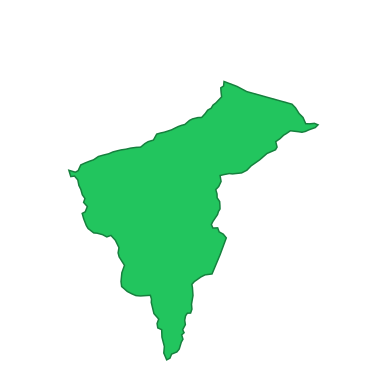 Umari, Ceará, Brazil, rotated 135°
{"feature_id": "56859067B43612992911559", "entity_name": "Umari", "entity_type": "district", "adm_level": 2, "iso_a3": "BRA", "parent_name": "Brazil", "parent_adm1": "Ceará", "projection": "robinson", "projection_center": [-38.728, -6.619], "detail": "fine", "context": "isolated", "style": "filled", "palette": "green", "viewbox_px": 384, "rotation_deg": 135, "n_neighbors": 0, "source": "geoboundaries", "source_scale": "gbopen_adm2", "svg_char_len": 2093}
<svg xmlns="http://www.w3.org/2000/svg" viewBox="0 0 384 384"><g transform="rotate(135 192 192)"><path d="M263.7,294.4L266.8,288.6L263.8,286.3L264.2,281.3L267.3,276.7L268.8,272.4L271.5,267.6L272.3,263.1L276.0,261.3L276.3,255.7L281.5,253.5L284.8,254.5L287.5,249.7L290.5,242.9L291.3,239.6L290.4,232.5L288.3,230.1L285.4,225.1L284.0,220.5L280.0,218.6L280.3,212.1L283.0,204.3L287.3,201.2L289.4,197.6L291.6,187.9L298.7,184.5L305.5,178.9L308.6,174.9L308.1,167.4L306.5,162.4L304.9,158.4L302.0,155.0L294.5,148.4L296.4,144.9L298.9,142.7L304.9,132.9L305.4,125.7L309.7,123.7L312.3,120.1L310.8,116.1L315.9,110.6L320.8,102.3L325.8,98.1L328.6,91.2L325.1,90.1L321.1,91.8L315.8,89.6L312.1,90.0L305.7,93.4L302.5,94.3L300.3,98.3L297.1,98.1L296.0,101.2L290.5,102.9L287.8,106.5L284.1,109.0L281.0,109.6L278.6,107.4L274.9,109.2L271.7,113.0L264.5,118.1L259.2,124.2L257.4,126.8L253.6,127.0L250.3,126.4L246.0,125.7L241.4,124.2L235.8,119.9L216.5,127.8L200.2,135.3L199.7,140.1L201.0,144.6L199.2,148.5L202.7,151.7L201.3,155.3L198.1,156.4L189.9,158.0L187.1,159.5L184.2,160.2L182.0,162.5L179.2,165.7L178.3,170.2L175.7,172.9L173.5,176.9L169.2,177.0L164.0,178.9L160.5,183.8L157.2,181.8L152.6,178.7L150.6,176.2L143.4,170.4L137.8,168.6L131.7,168.7L121.5,166.9L111.7,166.2L103.1,162.8L100.1,163.6L97.2,168.4L92.1,167.5L87.1,167.4L83.9,166.6L79.1,165.7L74.2,159.5L72.0,156.5L68.9,154.6L65.6,153.4L62.0,151.7L59.3,150.4L55.4,150.4L56.9,154.0L60.7,157.1L63.3,159.9L60.8,166.2L60.8,171.8L59.3,178.3L59.2,183.4L82.3,224.3L85.5,234.8L91.2,247.5L94.7,244.6L98.0,245.3L100.8,242.1L103.8,238.3L108.7,238.2L112.2,238.1L115.7,238.6L119.2,237.7L123.0,238.8L127.4,238.1L132.5,237.9L135.1,240.4L139.9,243.3L143.2,244.4L146.3,244.6L149.3,244.8L152.4,246.6L155.4,248.0L159.1,249.3L162.5,250.4L166.8,252.6L169.5,254.0L172.4,255.9L176.0,257.9L182.6,256.0L187.4,258.6L190.9,259.5L196.7,260.1L200.0,263.1L204.3,266.4L208.5,269.0L212.2,271.8L215.1,273.6L219.5,276.2L223.8,277.9L228.6,280.8L233.1,283.3L238.9,284.4L242.6,286.2L247.0,288.1L251.5,289.8L257.4,287.6L260.5,288.5L263.7,294.4Z" fill="#22c55e" stroke="#15803d" stroke-width="1.5"/></g></svg>